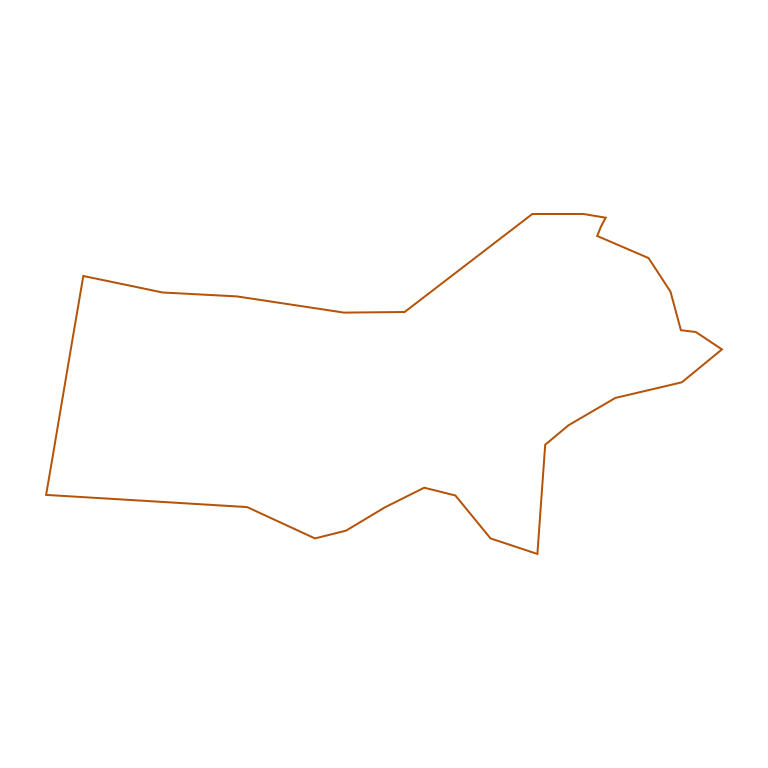 outline of Rubirizi
{"feature_id": "UGA-5621", "entity_name": "Rubirizi", "entity_type": "District", "adm_level": 1, "iso_a3": "UGA", "parent_name": "Uganda", "parent_adm1": "", "projection": "orthographic", "projection_center": [30.01, -0.246], "detail": "fine", "context": "isolated", "style": "outline", "palette": "amber", "viewbox_px": 768, "rotation_deg": 0, "n_neighbors": 0, "source": "natural_earth", "source_scale": "10m", "svg_char_len": 516}
<svg xmlns="http://www.w3.org/2000/svg" viewBox="0 0 768 768"><path d="M46.1,494.9L53.2,453.6L56.1,436.2L72.6,338.6L78.7,303.1L83.3,276.0L162.6,292.5L236.8,296.4L343.9,312.6L404.6,312.0L532.3,214.0L583.4,214.0L605.7,217.7L601.0,226.5L597.2,236.0L648.6,258.1L670.5,291.7L680.9,330.2L695.8,332.0L721.9,349.4L681.8,382.3L615.4,397.9L568.6,425.2L545.2,444.7L537.4,554.0L490.5,538.4L455.4,495.5L424.2,487.7L385.1,507.2L346.1,530.6L314.9,538.4L247.1,507.1L46.1,494.9Z" fill="none" stroke="#b45309" stroke-width="2"/></svg>